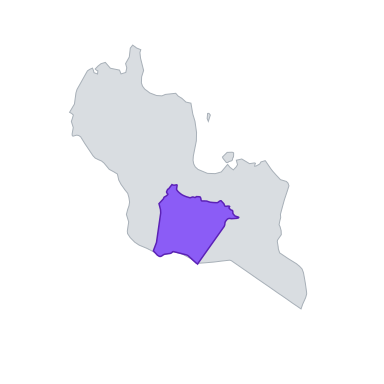 location of Kebili within Tunisia, rotated 317°
{"feature_id": "TUN-97", "entity_name": "Kebili", "entity_type": "Governorate", "adm_level": 1, "iso_a3": "TUN", "parent_name": "Tunisia", "parent_adm1": "", "projection": "robinson", "projection_center": [9.372, 33.366], "detail": "fine", "context": "in_parent", "style": "filled", "palette": "violet", "viewbox_px": 384, "rotation_deg": 317, "n_neighbors": 0, "source": "natural_earth", "source_scale": "10m", "svg_char_len": 4529}
<svg xmlns="http://www.w3.org/2000/svg" viewBox="0 0 384 384"><g transform="rotate(317 192 192)"><path d="M266.9,219.0L266.8,220.2L265.5,228.7L265.2,231.8L265.1,237.0L265.1,243.3L268.2,248.6L268.3,250.9L267.1,253.6L261.6,256.7L254.4,260.6L248.2,264.4L241.5,268.6L239.4,271.2L236.1,273.3L233.3,275.4L232.8,277.3L230.8,281.1L228.2,284.1L221.8,285.5L220.6,286.4L217.6,290.9L216.3,292.6L214.6,296.3L216.8,305.9L219.5,315.8L220.0,319.9L220.0,323.3L218.5,327.0L215.1,332.3L212.6,336.1L207.7,343.1L206.3,344.8L203.0,346.8L196.5,349.5L192.0,351.9L189.6,341.3L187.7,332.2L186.0,324.7L183.2,311.6L180.7,300.4L178.3,289.2L176.1,279.1L173.9,268.9L173.0,267.5L166.4,262.6L160.3,258.2L153.9,253.2L147.1,247.7L146.0,240.8L142.5,230.5L138.8,224.7L137.4,223.2L129.9,219.4L125.6,216.7L124.5,215.1L123.6,210.9L120.6,202.5L117.1,194.8L115.9,189.7L115.7,183.2L116.5,178.5L118.0,176.5L125.3,170.7L128.7,163.7L132.9,161.0L136.5,159.1L139.5,156.8L142.1,153.0L144.1,149.1L144.4,144.8L145.3,138.0L146.6,133.3L149.7,128.0L148.5,123.7L146.9,119.0L147.4,111.0L147.0,107.7L145.7,104.8L144.3,101.1L144.3,98.0L145.6,90.0L146.6,83.8L148.2,75.7L147.7,73.5L146.5,71.8L143.0,70.0L143.0,68.9L143.9,67.8L149.1,63.9L151.9,58.1L154.2,56.9L157.7,54.8L157.6,52.6L156.8,50.2L166.0,47.5L174.7,40.4L177.8,38.6L198.1,32.1L200.7,32.5L203.7,33.5L202.8,35.9L201.7,37.9L203.4,41.3L205.8,39.2L205.2,37.8L205.1,36.0L209.2,35.8L212.9,36.1L217.0,38.1L216.7,45.8L222.1,53.4L220.6,57.2L225.1,59.4L229.0,56.7L231.0,52.8L238.2,50.5L245.0,44.7L248.8,44.1L249.7,48.9L251.6,53.0L249.0,54.5L245.7,58.9L239.5,70.1L233.7,73.4L229.4,77.7L228.0,80.8L227.6,84.4L228.7,90.8L231.9,97.3L235.6,101.2L239.1,102.5L247.4,108.7L247.3,112.4L248.5,116.8L248.9,122.1L251.8,126.3L245.7,135.6L242.4,142.3L235.9,151.6L230.0,157.6L217.5,166.6L214.4,169.5L212.4,172.6L211.5,175.8L211.8,179.6L216.0,188.9L221.5,194.4L227.1,197.3L236.9,196.1L236.6,199.7L237.3,204.0L241.3,203.8L243.9,203.1L246.1,199.0L250.9,201.8L253.4,210.5L257.5,213.3L258.0,214.3L256.6,214.9L255.4,215.9L256.6,216.7L260.6,217.7L262.9,217.0L266.9,219.0ZM246.1,194.7L245.1,194.9L243.3,196.1L242.3,196.2L239.6,194.9L238.5,194.9L237.2,193.9L237.6,188.6L238.1,187.2L244.7,187.0L248.3,190.1L248.9,190.9L249.1,191.8L247.4,193.6L246.1,194.7ZM257.9,148.2L252.1,151.5L253.2,148.6L257.0,145.2L258.0,146.0L257.9,148.2Z" fill="#d9dde1" stroke="#a8b0b8" stroke-width="1"/><path d="M136.2,222.6L135.4,222.5L134.6,222.3L133.9,221.9L129.7,218.9L128.4,218.4L126.6,218.2L125.2,217.8L124.2,216.8L123.6,214.6L123.6,208.7L124.3,208.3L131.6,204.7L154.8,186.0L156.9,183.5L159.9,178.0L166.4,177.5L167.7,176.9L168.1,176.8L168.3,176.8L169.8,177.2L172.1,177.4L172.4,177.4L172.5,177.4L172.8,177.2L173.0,176.8L173.0,176.6L173.0,175.7L173.0,175.3L173.1,175.2L173.3,174.8L173.4,174.7L173.5,174.5L174.4,174.1L175.9,173.5L176.2,173.5L176.9,173.7L177.4,173.7L182.4,172.9L182.7,173.7L183.1,174.3L183.7,175.0L183.9,175.1L185.6,176.2L185.8,176.4L185.8,176.6L185.7,176.9L185.0,177.5L183.6,178.6L182.9,179.2L182.7,179.3L182.6,179.5L182.4,179.8L182.3,180.1L182.1,181.9L182.2,183.8L182.5,185.8L182.9,187.5L183.5,189.1L184.5,191.3L186.5,194.7L186.6,194.9L186.8,195.0L188.6,195.8L189.0,196.0L189.3,196.3L189.5,196.5L189.7,196.8L190.2,197.8L190.3,197.9L190.5,198.1L190.8,198.3L191.0,198.4L191.7,198.3L191.9,198.3L192.0,198.3L194.0,200.3L194.3,200.8L194.5,201.0L194.5,201.3L194.5,201.5L194.4,201.8L194.2,202.5L193.2,204.0L193.1,204.3L193.1,204.5L193.0,204.9L193.1,205.2L193.2,205.4L196.2,208.2L196.7,208.9L198.2,211.7L198.8,212.4L200.3,214.1L202.5,216.4L203.2,217.0L204.0,217.3L204.6,217.4L205.0,217.4L205.3,217.4L205.6,217.4L206.0,217.5L206.8,217.8L207.1,218.0L207.3,218.2L207.3,218.3L207.3,218.5L207.3,221.9L207.3,222.2L207.2,222.6L206.7,223.8L206.5,224.5L206.5,224.9L206.7,225.2L206.8,225.4L207.0,225.6L208.6,226.7L209.5,227.7L209.6,228.0L209.6,228.3L209.1,228.5L208.7,228.6L208.3,228.8L208.2,229.0L208.1,229.3L208.1,229.5L208.1,230.3L208.3,231.7L208.4,232.1L208.7,232.5L208.9,232.9L208.9,233.2L208.9,233.4L208.8,233.5L208.4,234.3L207.4,235.4L207.3,235.6L207.1,236.7L207.1,238.5L207.1,238.9L207.2,239.1L208.7,241.8L208.8,242.0L208.9,242.3L208.8,242.5L208.7,242.5L208.3,242.6L208.1,242.5L207.7,242.3L206.8,241.8L202.7,238.5L201.5,237.0L201.3,236.8L201.0,236.6L200.7,236.4L200.0,236.1L199.4,236.0L198.9,236.0L197.7,236.1L196.7,236.3L195.8,236.6L195.0,237.1L193.5,238.4L193.1,238.6L192.1,239.1L147.7,248.3L147.0,248.5L147.0,248.4L146.6,247.0L146.2,242.3L145.7,236.0L145.2,234.5L141.4,228.5L137.8,222.9L137.0,222.4L136.2,222.6Z" fill="#8b5cf6" stroke="#5b21b6" stroke-width="1.5"/></g></svg>